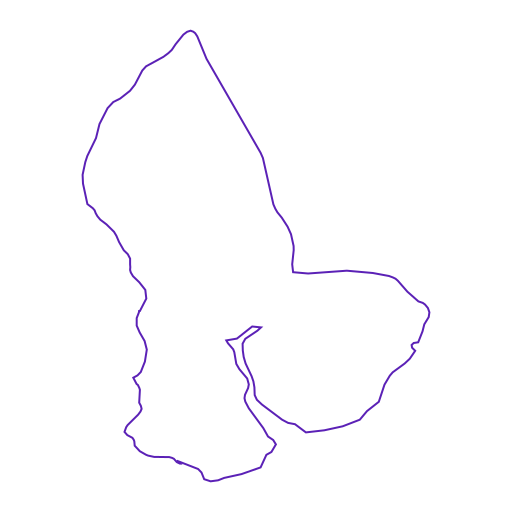 the border of Yangon
{"feature_id": "MMR-3269", "entity_name": "Yangon", "entity_type": "Division", "adm_level": 1, "iso_a3": "MMR", "parent_name": "Myanmar", "parent_adm1": "", "projection": "orthographic", "projection_center": [96.162, 17.041], "detail": "fine", "context": "isolated", "style": "outline", "palette": "violet", "viewbox_px": 512, "rotation_deg": 0, "n_neighbors": 0, "source": "natural_earth", "source_scale": "10m", "svg_char_len": 2212}
<svg xmlns="http://www.w3.org/2000/svg" viewBox="0 0 512 512"><path d="M422.8,302.9L425.0,304.5L427.9,308.0L429.4,312.3L428.7,317.1L424.3,324.3L422.5,331.4L418.2,342.3L413.7,343.0L411.6,345.0L412.1,347.7L415.2,350.8L409.8,358.7L404.7,363.5L392.7,372.3L389.8,375.7L384.5,384.6L378.8,401.8L367.0,411.1L359.8,419.7L342.7,426.3L324.3,430.3L305.9,432.4L295.0,424.2L288.1,422.9L282.1,419.7L261.9,404.5L256.9,399.8L254.7,395.1L254.4,387.3L253.4,381.4L251.6,376.2L245.6,363.5L243.7,357.0L242.8,350.5L242.6,343.7L245.3,338.8L257.4,330.7L261.0,327.4L252.2,326.5L236.9,338.6L226.3,340.4L228.0,343.3L233.2,349.3L234.3,352.2L236.3,363.9L239.4,369.2L247.2,378.5L248.8,384.4L248.1,388.1L245.0,394.8L244.5,398.2L245.3,401.6L248.8,408.3L263.3,428.1L268.0,436.5L273.2,440.0L275.9,444.4L271.4,452.0L266.4,454.8L260.6,467.4L241.5,474.1L224.2,477.9L218.1,480.3L210.6,481.3L204.2,479.2L201.5,472.5L198.1,469.0L176.8,460.7L180.0,463.6L179.9,463.6L176.8,462.1L173.9,458.8L172.1,457.9L169.3,457.1L154.1,456.9L148.1,455.6L146.1,454.8L139.8,451.2L134.7,445.7L134.3,441.3L133.7,439.7L132.4,437.8L127.3,435.1L124.5,431.9L126.2,427.2L127.6,425.1L138.2,414.6L140.5,411.5L141.6,408.9L141.2,407.1L140.8,405.7L139.2,402.7L139.9,389.8L139.3,387.9L137.9,385.0L136.6,384.0L133.3,377.7L137.5,375.4L140.8,372.0L144.9,361.6L146.8,349.6L144.6,341.0L139.7,332.5L136.7,325.6L136.7,318.1L138.9,312.4L139.1,311.0L139.9,311.0L146.3,298.6L145.3,289.9L139.2,282.2L133.0,276.2L130.8,272.5L130.1,270.0L130.3,267.1L130.1,264.5L130.1,258.6L127.8,254.2L123.8,250.3L119.1,242.1L116.4,235.8L114.0,231.8L106.5,224.4L100.3,219.7L97.4,216.2L95.7,213.2L94.6,210.3L92.8,208.2L87.4,204.1L83.0,183.6L82.6,174.8L85.3,162.1L87.3,156.0L96.0,138.1L99.5,124.0L107.6,108.1L113.3,102.0L120.1,98.6L130.0,90.8L134.9,84.6L142.3,70.5L146.1,66.3L163.3,56.9L168.3,53.2L171.8,49.9L175.7,44.1L183.4,34.6L187.1,31.8L190.6,30.7L193.3,31.7L195.2,33.2L197.3,36.4L206.5,58.8L260.6,152.8L262.9,158.0L273.4,204.4L275.3,208.7L277.4,212.3L281.8,217.7L287.6,226.7L291.0,234.2L293.6,246.0L293.7,250.1L292.2,264.3L293.1,272.2L308.1,273.5L346.8,270.7L372.8,273.0L389.0,276.0L392.8,277.4L395.5,278.7L397.8,280.7L407.4,291.7L418.4,301.4L422.8,302.9Z" fill="none" stroke="#5b21b6" stroke-width="2"/></svg>